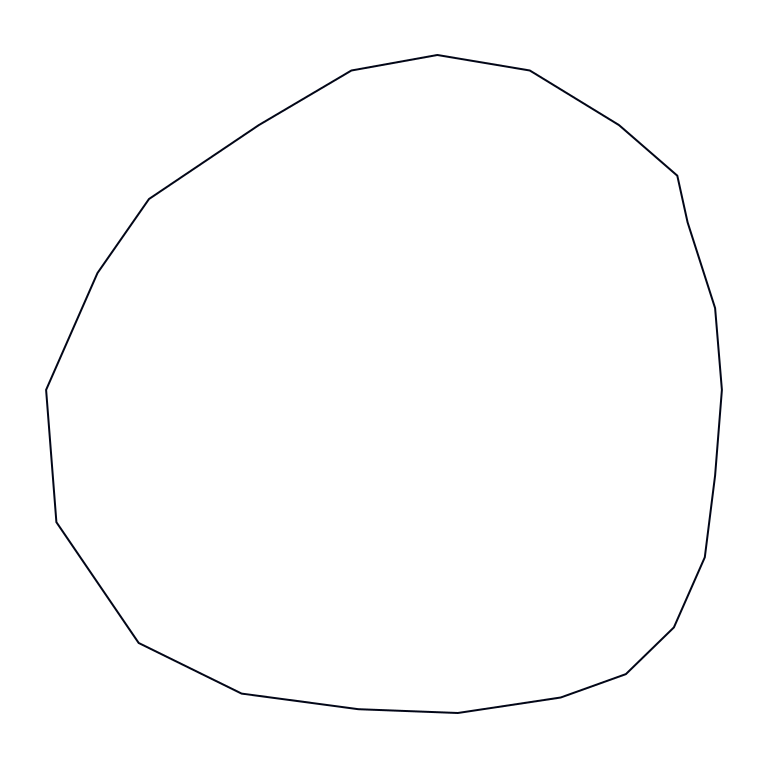 Tshikapa, Kasaï-Occidental, Democratic Republic of the Congo
{"feature_id": "63176286B37681851712476", "entity_name": "Tshikapa", "entity_type": "district", "adm_level": 2, "iso_a3": "COD", "parent_name": "Democratic Republic of the Congo", "parent_adm1": "Kasaï-Occidental", "projection": "robinson", "projection_center": [20.826, -6.413], "detail": "fine", "context": "isolated", "style": "outline", "palette": "ink", "viewbox_px": 768, "rotation_deg": 0, "n_neighbors": 0, "source": "geoboundaries", "source_scale": "gbopen_adm2", "svg_char_len": 397}
<svg xmlns="http://www.w3.org/2000/svg" viewBox="0 0 768 768"><path d="M358.3,709.2L457.8,713.0L560.7,697.5L625.9,674.1L673.9,627.4L704.8,557.3L715.1,475.5L721.9,389.9L715.1,308.1L687.6,222.4L677.3,175.7L619.0,125.1L529.8,70.5L437.2,55.0L351.4,70.5L258.8,125.1L149.0,199.0L97.5,273.0L46.1,389.9L56.4,522.2L138.7,643.0L241.6,693.6L358.3,709.2Z" fill="none" stroke="#020617" stroke-width="2"/></svg>